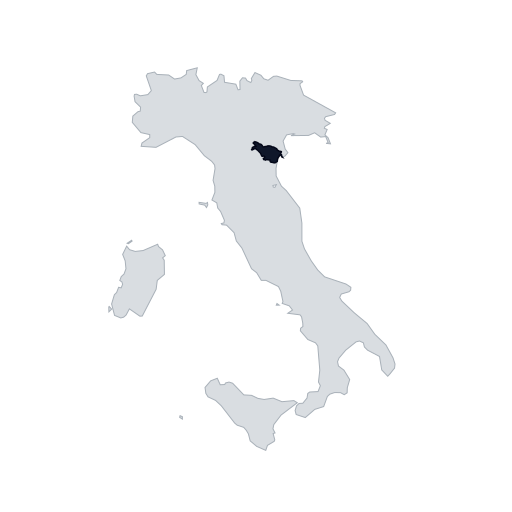 location of Ferrara within Italy, rotated 19°
{"feature_id": "ITA-5363", "entity_name": "Ferrara", "entity_type": "Province", "adm_level": 1, "iso_a3": "ITA", "parent_name": "Italy", "parent_adm1": "", "projection": "robinson", "projection_center": [11.889, 44.768], "detail": "fine", "context": "in_parent", "style": "filled", "palette": "ink", "viewbox_px": 512, "rotation_deg": 19, "n_neighbors": 0, "source": "natural_earth", "source_scale": "10m", "svg_char_len": 5699}
<svg xmlns="http://www.w3.org/2000/svg" viewBox="0 0 512 512"><g transform="rotate(19 256 256)"><path d="M100.2,115.1L103.1,116.6L114.5,113.3L121.4,115.2L127.1,112.0L130.9,107.0L130.1,103.2L139.2,97.2L140.1,104.1L145.1,108.7L150.0,109.9L148.8,112.6L153.6,118.3L155.5,117.8L156.2,116.8L155.0,112.0L162.0,102.7L162.4,96.2L163.6,95.5L167.0,96.0L169.7,102.0L181.0,100.1L184.9,104.7L186.7,103.8L183.8,95.9L185.2,91.9L188.2,91.2L190.3,93.1L194.6,93.7L194.9,91.3L193.8,89.7L195.3,82.9L201.8,83.5L205.7,85.9L210.2,85.9L214.1,80.4L217.1,79.1L231.7,78.7L242.5,75.4L243.4,76.1L241.5,78.7L242.1,80.4L248.6,88.4L284.7,94.7L284.2,96.6L276.5,101.6L275.9,103.5L277.1,105.2L283.0,106.4L279.0,111.2L279.0,113.0L282.1,113.2L281.7,119.0L285.6,120.7L289.9,125.7L285.6,126.7L287.3,125.3L283.0,120.4L278.5,122.5L271.3,120.4L266.4,124.9L249.9,130.8L252.8,128.1L251.5,128.1L245.5,131.5L244.2,138.5L248.8,145.4L252.5,147.9L250.8,152.2L248.6,153.8L245.7,152.6L244.8,156.5L246.4,166.6L249.0,173.8L257.3,181.7L263.3,184.3L281.8,196.5L288.7,210.0L294.6,227.1L299.5,233.5L309.8,242.6L319.0,249.2L327.7,253.4L350.2,253.2L355.9,254.7L356.6,257.5L355.6,259.5L349.0,264.2L348.6,268.0L351.9,270.7L367.3,277.7L383.1,283.7L393.9,291.4L407.8,297.8L418.7,307.7L422.6,312.9L423.5,316.9L421.0,323.9L419.7,326.8L412.0,322.8L405.5,310.8L392.1,308.7L388.1,306.7L385.8,303.1L381.5,302.7L378.6,304.6L371.5,315.8L367.7,325.5L367.5,329.4L369.8,333.2L376.3,335.3L384.8,342.3L385.2,350.8L386.7,355.7L384.6,358.4L380.4,357.7L374.8,359.5L370.8,362.6L369.2,365.6L369.0,376.3L361.5,381.9L355.2,392.7L345.6,392.8L343.3,389.4L343.1,384.5L344.7,381.4L348.2,380.0L350.5,373.7L349.7,369.1L351.1,367.1L358.8,364.0L359.1,357.7L356.1,354.8L353.5,343.2L343.7,320.9L340.5,318.7L332.2,318.1L322.3,312.3L321.7,309.8L323.3,307.4L322.1,304.3L318.9,298.7L316.8,297.3L304.7,299.8L308.1,295.2L303.7,292.3L296.2,292.3L296.3,290.3L290.9,281.3L287.2,277.6L273.4,275.8L268.9,277.3L262.1,271.6L255.9,269.5L240.1,253.1L232.5,248.2L227.7,241.1L218.1,236.4L213.7,237.5L212.6,236.6L214.9,235.2L214.5,232.5L208.0,225.4L204.2,223.1L201.6,218.5L196.1,217.4L196.4,209.2L194.3,203.4L190.8,198.5L188.8,186.7L187.2,183.4L183.3,180.9L174.5,178.0L162.2,170.5L147.6,166.9L141.6,169.5L126.1,185.8L111.7,189.7L111.4,186.3L117.0,178.7L116.0,175.8L107.0,176.8L95.5,169.9L94.0,163.8L97.4,158.0L99.4,156.7L98.4,152.8L91.4,149.5L88.7,144.5L88.5,142.8L90.4,141.9L94.5,142.2L101.2,138.6L103.2,133.7L93.6,121.4L94.1,118.9L100.2,115.1ZM251.5,185.0L252.0,181.9L249.0,183.8L249.9,185.2L251.5,185.0ZM342.8,381.3L331.5,398.2L327.7,409.6L328.3,413.9L331.6,417.1L330.0,418.3L333.6,423.7L333.6,425.2L328.5,431.3L328.5,436.6L318.7,435.8L310.7,432.7L306.7,426.6L303.6,424.0L300.2,422.0L293.3,422.1L290.2,420.9L271.9,408.9L264.8,405.7L256.5,404.8L253.3,402.2L250.6,396.9L253.8,388.8L259.2,384.2L264.1,389.4L268.3,387.7L268.5,386.0L271.5,384.0L275.3,383.9L289.7,391.3L297.2,389.2L304.1,390.0L310.4,389.0L318.5,384.8L328.0,385.3L338.9,380.4L342.8,381.3ZM170.6,289.9L175.4,303.2L170.6,311.2L172.4,320.0L168.0,349.8L165.8,350.7L153.5,347.2L152.4,354.1L150.8,356.9L148.3,358.6L141.6,358.2L135.1,348.4L134.7,338.7L136.1,335.9L136.3,330.3L138.9,330.0L139.1,326.2L137.7,324.2L135.2,323.5L135.3,319.3L137.1,316.0L137.2,310.4L133.9,303.2L129.4,297.9L130.5,288.8L134.4,291.2L140.3,291.0L147.5,287.6L159.2,276.9L160.7,278.8L165.6,280.6L170.1,285.2L168.3,288.2L170.6,289.9ZM192.7,221.2L193.8,223.4L193.4,226.3L191.0,224.6L185.3,225.3L184.7,223.8L191.7,222.5L192.7,221.2ZM136.8,353.2L135.1,356.7L133.4,352.1L133.6,351.5L136.8,353.2ZM134.0,282.3L131.3,286.0L130.0,285.9L133.3,281.6L134.0,282.3ZM239.5,434.2L236.3,433.4L236.2,431.7L238.7,431.9L239.5,434.2ZM293.9,294.9L291.2,295.9L291.3,294.1L293.9,294.9Z" fill="#d9dde1" stroke="#a8b0b8" stroke-width="1"/><path d="M248.9,154.0L248.4,154.0L247.9,153.6L247.6,153.2L246.9,152.6L246.3,152.3L246.1,152.3L245.3,152.8L245.3,153.0L245.7,153.0L245.0,155.5L244.8,156.8L245.0,158.3L245.3,159.5L244.7,160.4L244.4,160.8L244.2,161.3L243.6,161.6L242.9,162.0L241.5,162.1L240.5,162.2L239.8,162.4L239.4,162.4L239.1,162.3L238.7,162.1L238.1,160.8L238.0,160.7L237.9,160.7L237.6,160.8L234.6,161.4L234.3,161.6L234.0,162.0L233.8,162.2L233.1,162.1L232.0,162.3L231.3,161.7L231.2,161.3L231.4,161.1L232.0,160.6L232.2,160.0L232.0,159.4L231.5,159.1L230.9,158.9L230.5,159.1L229.7,159.6L229.4,159.7L228.8,159.5L226.9,157.4L223.1,155.4L221.5,155.0L220.5,154.5L219.9,154.8L218.0,156.8L217.7,157.0L217.4,157.0L217.2,156.8L217.3,156.4L217.6,155.8L217.6,155.5L217.6,155.2L217.3,155.0L217.3,154.9L217.3,154.7L217.4,154.4L218.2,153.7L218.6,153.1L218.8,152.8L219.1,152.6L219.4,152.6L219.7,152.6L220.0,152.5L220.3,152.3L219.4,151.4L216.9,150.3L216.6,150.1L217.0,149.5L217.2,148.6L217.7,148.8L217.9,148.8L218.1,148.7L218.2,148.4L218.3,148.3L218.4,148.2L218.5,148.2L220.4,148.3L221.8,148.6L222.1,149.0L222.6,149.0L223.7,148.8L224.3,148.8L224.7,148.9L225.5,149.3L226.9,150.3L227.4,150.5L227.9,150.3L228.3,150.1L228.9,149.5L230.1,149.2L230.6,148.9L230.6,148.6L230.9,148.3L231.1,148.2L231.4,148.1L231.9,148.1L232.0,148.0L232.2,147.7L232.3,147.6L232.9,147.6L234.3,147.3L235.0,147.5L235.4,147.5L235.8,147.6L236.0,147.6L237.0,147.3L237.3,147.3L237.5,147.3L240.3,147.8L240.8,148.0L241.1,148.2L241.2,148.3L241.3,148.4L241.4,148.8L241.5,148.9L241.7,149.0L242.0,149.1L242.3,149.1L242.6,149.0L242.8,149.0L243.2,149.2L244.1,149.4L244.3,149.4L244.5,149.3L244.6,149.2L245.5,149.0L245.9,149.1L246.0,149.1L246.1,149.3L246.1,149.6L245.9,149.7L245.9,149.9L245.8,150.0L245.8,150.3L245.9,150.6L245.9,151.0L246.0,151.3L246.1,151.5L246.4,151.7L247.0,151.9L247.2,152.0L247.3,152.1L247.4,152.3L247.5,152.4L247.5,152.5L247.5,152.8L247.6,153.0L248.0,153.4L248.9,154.0L248.9,154.0Z" fill="#0f172a" stroke="#020617" stroke-width="1.5"/></g></svg>